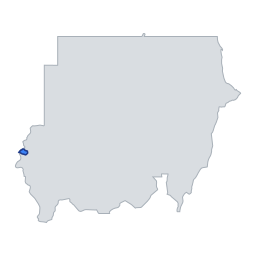 location of Sirba, Western Darfur, Sudan
{"feature_id": "16777658B17269795285399", "entity_name": "Sirba", "entity_type": "district", "adm_level": 2, "iso_a3": "SDN", "parent_name": "Sudan", "parent_adm1": "Western Darfur", "projection": "mercator", "projection_center": [22.421, 13.82], "detail": "fine", "context": "in_parent", "style": "filled", "palette": "blue", "viewbox_px": 256, "rotation_deg": 0, "n_neighbors": 0, "source": "geoboundaries", "source_scale": "gbopen_adm2", "svg_char_len": 4425}
<svg xmlns="http://www.w3.org/2000/svg" viewBox="0 0 256 256"><path d="M179.8,211.7L177.3,211.7L177.0,211.1L177.1,209.4L177.4,208.2L178.3,206.2L178.0,205.2L178.2,203.6L177.5,201.9L171.5,196.8L170.3,195.4L167.1,194.2L167.7,192.7L166.3,182.4L167.0,181.2L167.2,179.4L167.2,177.8L167.9,175.1L168.0,174.0L161.6,173.9L161.5,175.1L161.8,176.4L161.8,176.9L152.9,176.9L156.5,181.0L156.6,182.8L156.4,185.0L156.5,186.4L156.7,187.3L157.6,189.1L157.6,189.5L157.4,189.9L151.0,195.3L150.0,197.8L149.1,199.1L147.3,201.3L141.5,207.1L140.6,207.5L136.2,207.7L135.8,207.8L135.4,208.1L135.2,208.0L131.5,204.6L125.1,200.6L120.9,202.7L119.8,203.5L119.8,205.4L119.1,206.4L118.0,207.5L114.9,208.2L113.3,208.8L111.4,209.9L109.5,211.7L109.4,212.7L109.6,213.5L98.9,213.5L98.2,212.8L96.6,209.8L95.6,210.0L85.8,209.6L84.4,209.9L81.6,211.2L80.2,211.4L78.8,210.8L73.7,204.8L72.6,204.1L71.4,202.7L70.3,202.0L69.9,201.6L69.8,200.9L69.9,199.6L69.5,198.8L68.7,198.6L61.8,200.0L60.8,199.8L59.4,200.1L58.9,200.3L58.3,201.1L58.2,202.8L58.0,203.6L57.5,204.5L55.5,206.5L55.1,207.4L55.2,209.7L55.1,210.8L54.8,211.3L53.9,212.2L53.6,212.7L53.2,215.5L52.2,217.3L51.9,217.9L51.9,219.1L51.7,219.5L48.6,220.5L47.4,221.1L46.7,222.1L46.5,222.5L45.2,222.2L43.5,221.9L40.2,221.6L39.0,221.1L38.3,220.5L38.5,218.7L38.2,218.4L37.7,218.0L37.3,217.3L37.4,216.4L39.1,214.4L39.5,213.3L39.9,208.3L39.8,206.8L38.4,203.9L35.3,199.1L34.6,198.1L30.6,194.1L30.2,193.5L29.2,191.8L30.3,188.1L30.4,187.0L30.1,186.0L29.1,185.2L28.2,185.1L27.1,184.1L26.3,183.6L25.6,182.8L25.2,181.5L25.5,177.1L25.3,176.5L24.3,176.4L24.0,176.1L24.1,175.2L23.5,172.7L22.9,170.6L23.3,169.5L22.4,167.9L20.8,167.3L17.7,167.8L16.7,167.7L16.1,167.4L15.6,166.8L15.4,166.1L15.6,165.1L16.5,163.2L17.6,161.7L19.8,160.3L20.4,159.5L20.8,158.7L20.8,157.8L20.7,156.7L20.4,155.8L19.8,154.6L19.1,153.2L19.1,152.2L19.4,151.5L20.0,150.7L22.3,149.0L24.5,147.7L24.9,147.2L24.8,146.6L23.7,145.5L23.4,143.3L22.8,141.8L24.0,140.7L24.8,140.3L26.2,139.9L26.7,139.4L26.9,138.5L26.8,137.6L27.3,137.0L27.9,135.6L28.5,135.0L30.2,133.3L30.6,132.3L30.7,131.3L30.2,128.2L31.3,126.9L32.5,125.8L34.4,125.9L37.3,125.6L39.2,125.2L40.6,125.2L43.8,125.8L44.2,125.5L44.3,124.7L44.3,65.2L57.5,65.3L57.7,65.2L57.7,36.5L141.3,36.5L142.0,36.4L143.3,33.7L143.9,33.5L144.7,33.7L145.0,34.3L144.3,36.5L217.3,36.5L217.5,39.8L218.1,42.4L220.1,46.2L221.9,48.2L222.5,49.3L222.6,49.8L222.5,50.3L222.0,49.7L221.1,49.4L220.9,51.1L221.4,54.7L222.1,57.2L221.6,59.5L221.6,63.5L222.6,68.2L222.4,71.2L223.9,78.1L225.4,82.0L226.2,82.9L227.1,83.4L228.8,83.8L231.4,85.7L233.5,87.8L234.2,88.9L235.2,90.1L235.8,89.8L236.3,89.5L236.9,90.5L240.2,92.6L240.6,93.5L239.5,94.4L238.1,96.1L237.5,97.6L237.1,98.0L236.0,99.0L235.9,99.4L235.4,99.7L234.9,99.7L233.8,100.3L232.8,100.1L231.8,100.4L231.4,100.7L230.6,101.0L229.5,101.2L227.9,102.5L226.4,103.1L225.9,103.6L225.1,106.1L224.6,106.8L222.4,106.9L221.3,107.1L219.9,106.8L219.2,106.8L219.0,107.4L218.7,109.5L218.8,110.5L217.5,112.9L217.9,117.5L216.7,121.0L216.5,121.7L215.3,124.5L214.7,125.5L213.2,130.5L212.6,132.1L211.3,133.7L212.7,145.9L211.6,149.6L211.6,151.6L210.9,154.6L210.3,156.0L209.3,157.7L208.5,159.5L207.8,162.0L207.3,166.6L207.1,167.0L203.2,167.6L202.0,167.9L201.2,168.4L200.2,169.6L198.2,172.9L197.2,174.9L195.6,177.6L193.7,179.5L193.3,180.5L193.0,182.2L192.3,185.0L191.7,186.9L191.8,188.5L191.2,191.2L191.3,192.5L190.6,193.3L189.7,194.0L189.1,194.2L186.4,192.3L184.6,193.6L183.4,195.4L182.5,197.1L183.0,200.9L182.9,201.7L182.7,202.6L180.9,206.3L180.4,208.0L179.8,211.0L179.8,211.7Z" fill="#d9dde1" stroke="#a8b0b8" stroke-width="1"/><path d="M25.4,154.8L25.5,154.8L25.7,154.7L25.8,154.8L26.0,154.7L26.4,154.4L26.7,154.1L26.9,153.9L27.3,153.5L27.7,153.0L27.6,152.3L27.5,151.7L27.4,151.1L27.2,151.1L26.9,151.1L26.7,151.0L26.6,150.9L26.4,150.8L26.3,150.7L26.2,150.7L25.9,150.7L25.6,150.6L25.3,150.5L24.9,150.3L24.8,149.9L24.7,149.8L24.5,149.6L24.4,149.5L24.4,149.3L24.2,149.2L23.9,149.1L23.6,149.1L23.2,149.1L22.7,149.1L22.3,149.2L22.2,149.3L22.0,149.5L21.7,150.0L21.4,150.0L21.1,150.0L20.9,150.1L20.7,150.2L20.7,150.3L20.5,150.5L20.1,150.9L20.0,151.1L19.9,151.1L19.8,151.3L19.7,151.3L19.4,151.7L19.1,152.0L18.9,152.3L19.2,152.4L19.4,152.4L19.7,152.4L19.9,152.5L20.0,152.7L20.3,152.9L20.6,153.0L20.9,153.1L21.0,153.3L21.4,153.4L21.6,153.5L22.0,153.9L22.5,154.0L23.0,154.1L23.4,154.1L23.7,154.3L23.9,154.3L24.1,154.3L24.4,154.4L24.5,154.5L24.9,154.7L25.4,154.8Z" fill="#3b82f6" stroke="#1e3a8a" stroke-width="1.5"/></svg>